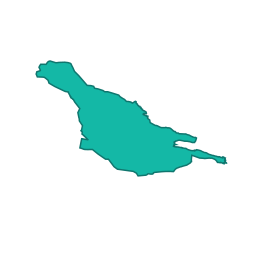 outline of Ørskog nor, Møre og Romsdal, Norway, rotated 199°
{"feature_id": "86288312B31017239945246", "entity_name": "Ørskog nor", "entity_type": "district", "adm_level": 2, "iso_a3": "NOR", "parent_name": "Norway", "parent_adm1": "Møre og Romsdal", "projection": "robinson", "projection_center": [6.912, 62.479], "detail": "fine", "context": "isolated", "style": "filled", "palette": "teal", "viewbox_px": 256, "rotation_deg": 199, "n_neighbors": 0, "source": "geoboundaries", "source_scale": "gbopen_adm2", "svg_char_len": 5470}
<svg xmlns="http://www.w3.org/2000/svg" viewBox="0 0 256 256"><g transform="rotate(199 128 128)"><path d="M102.9,86.0L97.8,88.3L96.0,89.1L95.5,89.4L94.9,90.0L94.7,90.3L94.6,90.7L94.4,91.0L94.0,91.2L93.7,91.4L92.6,91.6L91.2,91.9L90.0,92.4L89.6,92.6L89.5,92.8L89.4,93.6L89.2,93.7L89.2,94.0L88.4,94.7L87.5,95.1L81.6,97.8L78.4,99.1L74.2,100.6L71.4,101.4L70.8,101.6L70.5,102.3L70.4,102.8L70.0,104.0L69.6,104.8L69.0,105.6L68.3,106.3L67.4,107.0L66.3,108.0L65.1,108.7L63.4,110.0L60.3,112.1L59.9,112.6L59.7,112.9L57.9,115.0L57.5,115.8L57.5,116.2L57.5,116.5L57.0,116.9L57.9,119.0L58.0,119.5L58.1,119.9L58.8,123.0L57.8,123.0L50.4,122.9L48.0,123.6L45.3,124.2L44.5,124.6L41.4,126.0L39.8,126.4L38.9,126.8L36.9,126.7L35.7,126.6L34.5,126.2L33.3,125.5L32.2,124.6L31.9,124.8L30.2,125.0L29.7,125.2L29.1,125.3L29.2,125.6L28.6,125.7L28.1,125.7L27.2,125.6L26.7,125.4L25.6,125.5L25.9,126.2L25.4,126.2L25.4,126.5L24.6,126.6L24.3,126.8L23.5,126.9L23.6,127.1L23.8,127.1L24.3,127.3L24.9,127.6L25.2,127.6L25.4,127.5L25.6,128.0L25.8,128.3L25.2,128.3L25.1,128.8L25.1,129.0L25.4,129.2L25.6,129.7L26.1,129.7L26.3,129.8L26.6,130.3L26.7,130.5L26.2,130.5L26.2,131.3L27.6,131.2L27.7,131.3L27.9,131.6L28.7,131.6L28.7,131.1L29.2,131.1L29.2,130.6L29.5,130.7L30.0,130.5L31.4,130.4L31.6,130.6L31.9,130.6L32.7,130.5L32.9,130.2L33.0,130.1L35.7,130.0L36.5,129.8L38.5,129.8L39.0,129.6L43.1,129.5L44.8,129.8L45.3,130.0L46.7,130.0L47.2,129.8L48.6,129.7L49.4,129.9L50.3,129.9L51.1,130.0L51.6,130.2L53.6,130.1L54.6,130.0L56.0,129.8L56.0,129.5L56.5,129.4L56.9,128.8L57.0,128.7L57.9,128.7L58.0,128.6L57.8,128.1L58.4,128.1L58.9,127.9L59.2,127.7L61.1,127.2L64.4,127.1L66.0,127.4L66.6,127.6L66.9,127.5L67.9,127.2L69.0,127.0L69.6,127.0L70.0,126.7L70.7,126.8L70.7,127.0L70.8,127.0L70.8,126.8L71.5,126.8L71.8,126.8L72.1,126.6L73.4,126.5L73.5,126.5L74.2,126.4L74.3,126.2L75.0,126.2L75.5,126.1L76.3,125.8L76.3,125.7L77.6,125.6L77.8,125.6L78.1,125.6L78.2,126.1L78.3,126.1L78.2,125.5L79.0,125.5L79.1,126.8L78.7,126.8L78.5,126.7L78.4,126.2L78.3,126.3L78.5,126.8L78.7,127.0L78.8,127.1L78.2,127.6L77.3,128.0L78.3,128.1L78.5,128.0L78.9,128.2L79.2,128.7L79.7,129.4L79.8,129.8L79.7,130.0L78.9,130.3L78.9,130.5L78.9,130.8L78.8,131.0L78.5,131.0L78.3,131.3L76.9,132.3L76.6,132.7L75.2,133.3L71.8,133.8L70.4,133.9L67.4,134.8L65.8,135.0L65.0,135.2L62.4,135.2L60.3,136.0L60.3,136.9L59.9,137.5L59.9,139.2L60.0,140.8L61.0,141.1L61.8,140.7L63.4,140.6L66.4,140.9L67.7,141.2L70.0,141.0L71.4,141.2L72.1,140.9L77.9,139.2L78.6,139.6L80.7,139.1L81.7,139.7L82.4,140.0L83.0,139.8L84.1,140.0L84.7,140.3L85.7,140.7L87.7,141.5L89.4,141.5L90.5,141.0L91.6,141.0L92.7,140.8L92.8,140.6L93.9,140.1L95.5,139.6L96.1,139.3L97.9,139.2L100.7,139.6L102.0,139.6L103.1,139.3L108.8,140.3L110.1,142.6L112.4,143.4L112.8,143.8L112.7,144.1L112.7,144.4L112.9,145.1L113.7,145.1L113.4,145.6L114.3,145.6L114.8,145.6L115.6,145.4L115.9,145.4L116.7,145.6L117.6,145.7L117.6,146.0L118.1,146.0L118.1,146.3L117.7,146.3L117.6,146.1L117.3,146.2L117.3,146.3L117.7,146.5L117.6,147.0L117.1,147.1L116.5,147.2L116.0,147.3L115.5,147.3L115.3,147.8L115.4,148.0L115.6,148.2L115.9,148.5L116.1,149.0L116.6,149.1L117.2,149.2L117.5,149.4L118.0,149.5L118.9,149.5L119.7,149.7L120.0,149.8L120.5,149.9L120.5,150.4L121.1,150.5L121.4,150.6L121.9,150.7L121.8,150.9L121.8,151.0L122.4,151.4L122.5,151.7L123.9,151.8L123.9,152.2L124.5,152.1L124.9,152.1L125.2,152.5L125.3,152.5L126.1,152.6L126.3,152.9L126.6,153.3L126.9,153.4L127.0,153.7L128.1,153.9L128.3,154.4L128.6,154.5L128.9,155.0L128.9,155.5L129.1,155.6L129.8,155.6L131.9,153.0L133.5,153.3L133.7,153.5L136.6,153.1L138.1,152.6L140.6,153.9L142.0,154.1L145.7,155.0L147.5,156.1L154.3,155.9L158.8,155.7L161.8,154.7L163.9,155.3L169.0,155.2L172.6,154.7L174.0,156.2L177.0,156.0L177.5,155.8L180.5,155.0L191.7,161.5L197.0,164.1L197.4,164.5L200.0,167.3L201.4,168.6L202.8,170.1L203.7,170.4L206.0,170.3L209.2,169.6L214.7,167.5L216.7,166.5L217.6,166.2L223.5,166.0L224.9,165.0L225.5,163.9L226.2,161.5L228.2,160.9L231.3,159.8L231.8,157.8L231.9,156.4L230.1,154.6L229.7,154.2L229.6,153.9L229.7,153.6L232.5,151.5L232.4,149.1L230.9,147.4L230.4,146.8L225.4,148.3L223.7,148.7L221.7,148.1L219.1,147.1L217.3,144.7L210.8,143.4L206.4,142.9L199.3,142.1L196.2,142.6L196.1,142.4L196.1,142.2L195.8,141.9L195.7,141.9L195.2,141.5L195.0,141.3L194.8,141.2L194.7,140.9L194.1,140.4L193.7,140.0L193.0,139.5L192.8,139.2L192.6,139.1L192.7,138.9L192.4,138.8L192.4,138.7L192.1,138.6L192.1,138.3L192.0,138.2L191.7,138.1L191.6,137.9L191.3,137.9L191.1,137.8L190.8,137.8L190.7,137.7L190.3,137.7L190.1,137.6L189.9,137.5L189.4,137.3L189.4,137.2L189.1,137.2L188.8,137.1L188.7,136.9L186.8,135.2L179.9,130.7L180.4,126.2L178.0,122.1L177.1,120.8L176.3,118.9L171.8,115.4L171.2,110.6L171.4,110.6L171.5,110.5L171.6,110.1L171.4,110.0L171.1,109.9L170.5,109.7L170.1,109.4L170.0,109.1L169.8,108.8L169.7,108.5L169.7,108.3L169.7,108.1L169.5,107.6L169.5,107.3L169.4,107.2L169.1,107.1L168.5,106.9L167.9,106.8L167.4,106.4L167.1,106.4L166.8,106.2L166.5,106.0L166.3,106.0L166.2,105.9L165.8,105.7L165.6,105.6L165.4,105.5L165.2,105.5L165.0,105.4L164.7,105.3L162.2,103.9L162.3,103.8L162.6,103.7L163.0,103.6L163.3,103.7L163.6,103.7L163.8,103.7L164.1,103.5L164.8,103.4L165.0,103.2L166.3,103.2L166.6,103.1L166.8,103.0L166.9,102.9L167.3,103.0L167.6,103.0L167.9,102.9L168.2,102.7L168.3,102.7L167.0,93.5L165.4,93.6L162.9,93.5L162.0,93.6L158.7,94.6L157.5,95.1L154.6,96.1L148.0,93.7L139.1,91.2L136.3,92.1L128.8,87.0L128.4,86.8L124.6,85.6L108.9,88.7L105.3,88.0L102.9,86.0Z" fill="#14b8a6" stroke="#0f766e" stroke-width="1.5"/></g></svg>